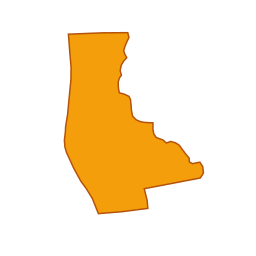 outline of Embakasi Central, Nairobi, Kenya, rotated 288°
{"feature_id": "3690345B7468433818255", "entity_name": "Embakasi Central", "entity_type": "district", "adm_level": 2, "iso_a3": "KEN", "parent_name": "Kenya", "parent_adm1": "Nairobi", "projection": "orthographic", "projection_center": [36.92, -1.27], "detail": "fine", "context": "isolated", "style": "filled", "palette": "amber", "viewbox_px": 256, "rotation_deg": 288, "n_neighbors": 0, "source": "geoboundaries", "source_scale": "gbopen_adm2", "svg_char_len": 956}
<svg xmlns="http://www.w3.org/2000/svg" viewBox="0 0 256 256"><g transform="rotate(288 128 128)"><path d="M210.4,73.7L198.8,42.3L192.7,44.9L185.0,48.0L167.9,55.2L164.6,56.2L156.3,58.8L139.0,62.6L122.5,66.3L109.7,68.3L105.1,69.6L96.6,71.3L90.2,74.0L85.8,77.0L73.2,88.6L62.9,99.5L57.5,107.0L49.8,116.0L37.4,126.3L46.6,148.3L57.7,171.7L65.0,168.6L75.3,162.2L102.8,212.2L108.5,213.7L114.5,210.9L117.7,206.9L115.9,203.6L114.1,200.6L114.6,196.9L118.3,195.4L121.3,190.6L124.9,185.5L127.4,182.2L128.6,177.8L128.4,172.8L125.6,169.1L127.4,165.0L127.7,157.8L130.3,154.4L134.8,152.0L140.7,150.1L139.5,146.2L138.3,141.4L137.9,137.7L138.3,133.3L140.7,128.7L146.1,125.7L150.6,123.9L155.8,121.6L158.4,119.1L159.0,114.2L158.8,108.9L162.7,106.7L168.5,104.5L172.8,104.4L176.2,105.4L180.1,102.8L185.8,102.2L190.3,103.2L194.5,105.1L197.4,102.0L200.3,100.0L204.7,99.9L208.9,100.2L214.4,100.9L218.6,98.3L210.4,73.7Z" fill="#f59e0b" stroke="#b45309" stroke-width="1.5"/></g></svg>